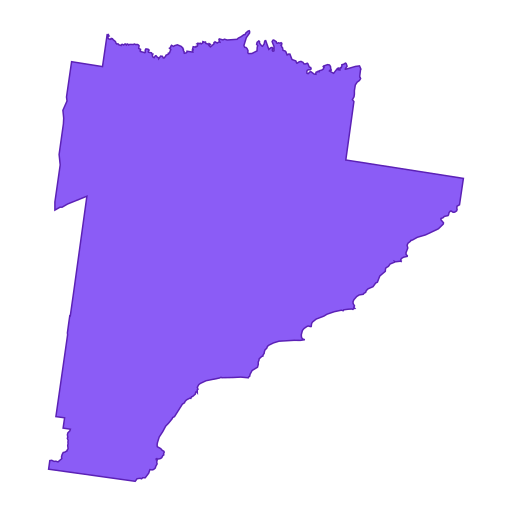 Surf Coast, Victoria, Australia (Equal Earth projection)
{"feature_id": "25037944B61768543919434", "entity_name": "Surf Coast", "entity_type": "district", "adm_level": 2, "iso_a3": "AUS", "parent_name": "Australia", "parent_adm1": "Victoria", "projection": "equal_earth", "projection_center": [144.106, -38.34], "detail": "fine", "context": "isolated", "style": "filled", "palette": "violet", "viewbox_px": 512, "rotation_deg": 0, "n_neighbors": 0, "source": "geoboundaries", "source_scale": "gbopen_adm2", "svg_char_len": 5807}
<svg xmlns="http://www.w3.org/2000/svg" viewBox="0 0 512 512"><path d="M135.2,481.3L137.1,478.7L140.1,478.3L141.6,478.8L142.7,477.7L145.2,477.8L148.7,473.2L149.9,469.6L152.1,469.9L153.6,469.5L155.3,468.0L155.7,466.5L157.1,463.9L156.7,462.1L157.2,459.9L156.3,459.8L156.1,459.0L156.8,458.6L157.1,459.1L159.0,458.9L160.6,458.5L161.8,457.6L162.8,455.6L163.8,454.9L163.6,453.7L164.2,452.2L163.9,451.3L162.2,450.3L160.7,448.6L157.3,446.7L157.1,445.0L157.4,442.8L159.2,437.0L162.8,431.5L165.7,426.1L168.7,423.0L172.2,418.7L172.6,417.6L174.5,416.6L182.4,404.1L184.5,402.8L185.0,401.5L186.5,399.9L189.7,398.2L190.8,398.4L191.5,396.8L192.6,396.5L195.3,394.1L195.7,392.1L196.8,391.9L197.3,392.6L197.2,390.0L198.0,389.3L197.3,387.3L198.7,384.7L200.2,383.5L206.1,380.7L219.5,378.0L221.0,377.3L221.8,377.7L233.1,377.5L240.7,377.1L248.3,377.8L248.6,376.9L249.6,376.4L250.1,374.2L252.1,370.5L257.5,367.2L258.3,364.3L258.2,362.1L258.9,360.5L259.2,358.8L261.8,356.4L262.9,356.1L263.0,355.2L264.2,353.2L264.3,352.0L265.0,349.9L266.7,348.3L267.5,346.3L269.0,345.1L273.5,342.9L279.0,341.2L294.2,340.3L300.3,340.4L304.8,339.7L302.5,338.9L301.5,337.3L301.3,334.8L302.4,330.5L304.0,328.5L307.2,326.3L308.6,326.0L310.3,326.6L311.2,326.5L311.6,323.6L312.4,322.1L316.3,319.0L323.9,316.1L327.0,314.2L334.3,311.7L341.3,310.2L343.2,310.7L343.8,309.8L348.3,309.2L351.9,309.0L352.9,309.4L353.8,308.5L354.8,308.4L353.8,307.2L354.5,305.9L353.2,303.7L353.0,301.8L353.9,299.7L356.7,296.5L359.3,294.9L363.2,294.3L364.1,293.2L365.6,292.4L366.3,290.6L368.1,288.8L373.0,286.7L375.7,283.0L377.4,282.2L379.8,276.0L385.3,271.3L385.5,268.8L386.0,267.8L388.4,266.4L390.1,264.0L394.5,262.2L395.0,261.8L394.8,261.5L395.5,261.8L400.5,261.2L401.1,261.5L401.3,261.1L400.8,260.8L400.8,259.4L402.0,258.1L403.6,257.2L407.2,256.4L407.3,255.7L406.1,254.5L406.0,252.7L407.8,248.0L407.1,245.2L408.0,243.2L410.6,241.1L410.7,240.5L412.5,240.0L417.3,237.3L425.5,234.9L438.4,228.8L443.3,224.0L443.5,222.8L440.9,219.7L441.0,218.4L442.8,217.9L444.4,216.4L448.0,215.6L448.5,214.9L449.1,212.5L450.3,211.1L451.4,211.1L452.7,212.1L453.8,212.3L454.8,212.1L456.6,210.9L457.1,209.5L456.8,208.2L457.0,206.2L459.5,204.8L463.4,178.4L345.8,160.0L353.9,101.6L352.4,99.6L354.0,96.8L354.4,94.2L354.4,90.6L355.3,85.0L357.1,82.2L359.4,80.5L360.6,78.6L360.1,77.3L359.8,77.2L359.7,76.2L360.6,69.3L360.9,69.1L359.5,65.9L355.5,66.4L345.6,69.3L345.3,69.2L345.4,68.6L347.1,66.2L346.1,63.5L345.4,63.1L343.9,64.1L341.8,64.8L341.9,65.9L341.4,67.4L341.0,67.9L340.4,67.6L339.8,68.2L340.1,68.6L340.0,70.0L338.1,69.7L338.6,68.2L338.3,68.0L337.3,68.6L333.6,73.3L329.4,71.0L329.6,70.4L330.9,70.5L331.3,70.1L330.7,68.6L330.5,66.5L329.5,65.0L327.6,64.6L323.6,66.0L323.2,66.6L324.1,67.2L323.6,68.0L323.5,68.9L321.7,70.1L319.4,70.7L319.1,71.7L318.1,71.2L317.6,71.9L316.3,72.0L315.8,73.0L315.9,74.3L314.2,74.1L310.9,71.7L309.8,72.0L308.3,73.6L307.3,73.5L306.9,73.1L306.8,71.5L307.2,70.4L308.5,69.7L310.3,69.8L311.1,68.9L310.7,67.5L309.3,67.1L307.8,63.6L307.2,63.2L305.7,63.9L304.0,63.9L303.0,62.4L301.0,61.4L299.2,61.8L297.1,63.2L296.7,63.1L295.8,60.9L292.0,59.5L289.9,54.1L288.3,54.1L287.7,54.8L287.0,54.9L285.9,51.8L285.3,51.1L283.0,50.3L282.5,47.7L281.6,46.8L281.6,45.8L281.0,45.2L281.8,44.2L281.8,43.3L281.1,42.7L279.9,43.2L278.5,42.8L277.2,43.3L276.5,42.9L276.3,41.7L273.7,40.0L272.9,40.2L272.1,41.6L274.0,46.5L274.0,50.7L273.7,51.1L272.8,51.2L272.3,50.5L272.6,48.1L272.0,47.4L271.0,47.6L268.8,49.4L265.7,40.6L265.2,40.6L264.7,41.2L264.1,44.0L262.5,46.3L261.8,46.0L260.3,44.2L259.5,43.0L259.5,41.5L258.8,40.9L257.1,42.3L256.6,44.3L257.7,45.6L257.2,47.4L257.0,50.9L251.9,53.5L248.7,53.6L247.8,52.8L248.0,50.6L247.0,48.5L246.0,47.5L244.6,47.2L243.9,45.5L246.3,37.7L249.6,33.0L249.6,31.3L249.2,30.7L247.9,31.2L245.8,33.0L245.0,34.6L243.7,34.8L240.9,36.8L238.3,38.1L237.1,39.3L227.2,40.0L224.5,39.2L222.9,39.9L219.3,38.9L218.9,39.7L219.9,42.2L218.8,42.0L217.2,43.0L215.0,41.8L214.6,42.6L214.0,42.6L213.9,43.9L210.5,46.9L209.9,46.5L209.7,45.0L210.4,44.4L209.1,43.6L208.7,45.0L208.0,44.0L205.9,43.5L205.5,42.0L203.7,42.3L203.7,41.9L202.9,41.6L202.6,43.0L201.2,43.9L200.2,43.2L199.7,43.6L197.8,43.2L197.0,43.8L197.8,44.1L197.4,46.1L196.7,46.2L196.5,46.7L195.8,46.5L195.4,47.1L193.2,46.7L192.5,49.4L192.9,49.2L193.2,49.7L192.6,51.2L192.8,52.1L187.0,51.2L186.9,52.2L186.3,52.8L184.5,53.3L184.1,53.0L184.1,51.6L183.3,50.5L183.4,49.2L182.9,48.8L182.9,48.1L181.2,46.4L177.4,44.8L174.7,45.6L173.5,46.4L171.5,45.3L170.7,46.5L170.5,47.6L169.5,48.2L170.8,49.5L169.5,52.9L168.4,53.2L168.5,54.0L165.9,55.3L165.7,56.1L164.1,58.0L163.3,58.0L162.4,56.3L160.6,56.1L158.7,58.8L158.4,57.7L157.4,57.3L156.0,55.7L155.4,55.8L154.1,57.7L152.9,57.0L152.3,55.7L152.9,54.1L151.9,53.9L151.5,52.8L148.5,52.3L148.3,51.4L149.1,50.1L148.1,49.2L145.9,48.9L145.2,50.1L145.3,52.3L144.9,52.7L140.4,51.5L140.1,50.9L140.6,49.9L140.5,49.3L138.7,48.4L139.1,45.8L138.2,44.8L137.2,44.4L135.9,44.6L134.3,44.0L133.4,44.5L129.8,44.4L128.5,45.0L127.7,44.0L126.8,44.2L126.3,45.0L125.1,43.9L123.7,45.0L122.1,44.3L121.3,44.8L121.1,45.5L118.8,44.8L118.0,43.8L116.8,44.0L116.2,43.5L115.4,41.5L112.8,39.4L112.5,38.7L111.2,38.4L110.9,38.7L111.2,39.0L110.1,39.4L108.5,38.7L107.9,37.7L108.1,36.6L109.1,36.0L108.5,35.4L108.4,34.5L108.0,34.5L107.5,35.1L107.1,34.9L102.5,66.6L71.6,61.7L66.5,97.0L67.0,101.0L62.9,110.3L63.7,118.2L63.4,123.9L59.1,154.5L60.2,164.9L54.9,202.0L54.9,210.1L60.0,207.2L62.1,207.2L67.6,204.0L86.9,196.2L74.0,289.7L70.3,315.8L69.8,315.7L68.8,322.6L67.4,332.9L67.6,334.8L55.9,416.6L64.6,417.8L63.1,428.1L70.4,429.2L69.9,430.8L67.9,432.8L67.4,434.7L67.8,437.3L67.3,438.2L68.2,440.5L67.9,442.1L68.1,443.3L67.7,445.6L68.1,448.7L67.0,450.3L67.1,450.8L64.7,452.2L63.2,452.5L62.1,454.6L61.5,456.9L61.8,458.6L58.0,461.9L55.9,461.2L54.0,461.4L51.7,460.3L49.8,460.6L48.6,469.2L135.2,481.3Z" fill="#8b5cf6" stroke="#5b21b6" stroke-width="1.5"/></svg>